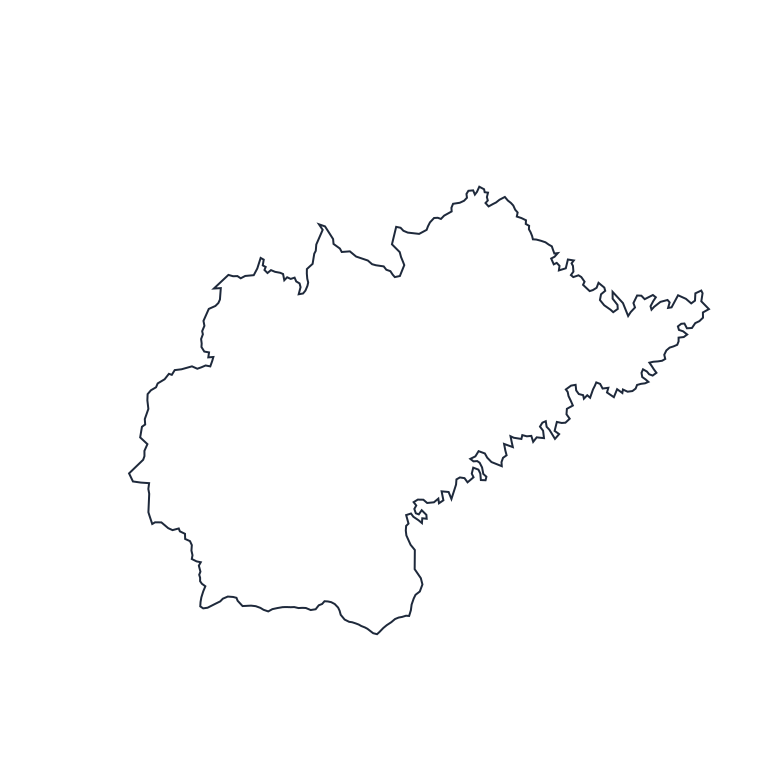 Muitos Capões, Rio Grande do Sul, Brazil, rotated 224°
{"feature_id": "56859067B15712827414216", "entity_name": "Muitos Capões", "entity_type": "district", "adm_level": 2, "iso_a3": "BRA", "parent_name": "Brazil", "parent_adm1": "Rio Grande do Sul", "projection": "albers", "projection_center": [-51.26, -28.402], "detail": "fine", "context": "isolated", "style": "outline", "palette": "slate", "viewbox_px": 768, "rotation_deg": 224, "n_neighbors": 0, "source": "geoboundaries", "source_scale": "gbopen_adm2", "svg_char_len": 5803}
<svg xmlns="http://www.w3.org/2000/svg" viewBox="0 0 768 768"><g transform="rotate(224 384 384)"><path d="M204.3,657.0L202.3,663.6L213.2,663.9L217.9,670.6L220.7,671.6L223.0,665.5L218.2,660.0L219.0,655.4L226.0,655.0L234.1,652.1L230.4,638.9L232.5,636.1L235.2,641.1L238.4,641.4L242.2,635.1L243.3,627.2L243.2,623.3L246.3,625.1L247.9,630.7L248.7,635.2L252.4,634.8L255.4,626.1L260.2,626.3L263.4,623.5L260.8,615.5L256.6,613.4L256.5,607.1L255.6,602.5L268.3,608.2L283.6,609.1L278.8,604.2L271.0,603.1L268.0,600.4L269.0,594.9L272.6,594.8L280.3,593.6L287.0,594.4L290.2,599.3L289.6,604.7L292.5,606.4L300.0,605.8L297.9,600.9L299.0,596.6L300.6,593.7L309.7,593.6L310.8,596.9L316.4,598.0L319.6,597.3L322.1,592.4L325.2,592.2L325.8,596.4L330.1,600.2L332.9,601.1L333.3,604.7L338.2,601.3L333.6,593.5L337.1,587.2L339.8,590.9L343.9,591.1L345.0,588.0L350.9,590.4L349.7,594.0L349.9,598.9L352.1,596.2L355.8,598.0L358.9,599.6L362.4,598.7L366.3,598.1L370.7,596.0L374.8,593.7L377.4,591.5L380.2,593.3L384.0,595.0L387.3,596.0L389.5,598.6L393.2,597.6L395.6,600.4L400.5,598.8L404.8,596.7L407.0,600.2L410.7,600.5L415.0,602.2L418.5,602.4L422.4,602.0L427.0,602.5L428.9,596.8L429.5,592.4L430.6,589.3L432.1,584.4L436.7,584.7L436.8,588.1L439.8,589.9L442.1,593.9L444.8,591.9L447.3,593.6L452.5,592.1L450.6,586.8L450.2,583.4L454.4,585.2L457.5,581.6L456.7,578.0L453.7,575.6L453.7,571.4L455.4,567.0L459.5,561.6L457.9,557.6L455.2,555.1L457.7,546.9L457.7,542.3L460.8,540.9L463.3,538.2L463.2,532.2L461.9,527.9L460.4,524.5L463.0,516.4L472.1,509.4L476.5,507.7L480.6,507.9L484.4,505.5L475.3,490.0L464.3,489.8L460.0,487.2L455.2,485.1L452.0,483.6L447.6,472.7L450.5,468.4L453.8,468.7L457.8,469.6L461.7,467.8L465.9,468.4L472.3,463.8L475.8,461.9L481.4,461.6L492.6,456.3L500.7,455.7L506.1,449.6L509.8,450.8L517.6,449.7L521.3,452.9L535.9,456.4L541.7,453.7L535.2,452.3L529.6,437.3L525.6,432.4L524.7,429.3L518.8,420.8L519.1,416.9L519.3,413.1L516.2,409.8L512.3,406.4L509.1,404.4L507.3,401.5L505.4,396.6L505.1,392.9L507.7,389.3L511.3,395.7L514.6,397.7L518.4,396.8L522.2,398.4L524.1,394.8L527.8,393.5L527.8,389.4L533.0,393.0L535.9,391.9L540.3,389.0L544.4,387.4L544.9,382.9L549.2,383.0L550.4,386.0L553.6,385.1L556.9,389.9L560.3,389.0L555.4,379.1L553.3,371.8L558.9,365.3L560.5,360.5L564.4,359.8L567.4,356.7L571.7,354.4L572.7,334.5L568.0,339.6L560.7,330.8L559.4,327.2L559.5,323.0L562.2,316.3L557.7,304.0L553.6,301.1L551.5,295.7L548.8,293.9L546.8,289.3L543.3,286.5L541.0,283.8L535.8,282.5L531.8,285.2L528.9,281.1L525.5,284.9L523.6,281.3L521.2,276.0L525.2,273.4L527.0,269.1L528.9,265.3L534.4,263.3L539.9,253.9L544.2,248.6L543.0,243.2L545.8,241.9L545.1,235.0L547.2,227.2L545.7,223.3L547.3,217.6L547.0,212.5L542.9,207.9L536.2,202.4L531.7,192.6L527.7,189.0L528.4,185.1L522.3,176.2L512.4,176.4L509.9,169.5L506.2,165.7L504.6,162.2L505.3,142.6L496.9,139.5L490.4,144.2L484.1,149.5L480.6,144.8L476.6,141.9L464.4,128.1L461.5,126.5L453.5,122.3L452.6,125.5L448.0,129.8L439.1,130.4L434.6,132.0L431.3,137.5L428.5,136.2L423.1,138.0L419.4,134.4L414.4,136.2L410.3,134.6L406.8,130.4L402.8,127.8L400.7,124.6L395.6,126.2L392.0,128.5L391.0,124.7L385.7,121.5L384.4,118.4L381.7,116.9L379.3,114.4L376.3,113.8L372.0,114.4L370.0,109.3L367.2,103.7L364.5,99.7L361.7,96.4L358.2,97.0L355.5,100.5L352.7,108.6L350.8,113.9L350.8,117.6L348.7,122.6L344.6,126.0L341.6,127.7L338.7,126.4L331.5,126.0L325.7,132.2L321.9,135.1L317.4,137.1L313.8,137.9L309.3,140.0L307.9,144.5L305.1,148.7L301.8,153.2L299.0,156.0L296.0,158.7L293.6,161.2L289.9,163.4L287.2,166.3L284.6,168.6L279.7,170.5L276.7,174.5L277.2,179.5L275.7,182.8L275.9,186.4L273.3,188.6L270.4,190.4L266.6,191.5L261.7,191.3L258.5,190.1L254.8,187.9L248.7,187.2L243.9,188.7L241.4,190.5L238.1,192.1L235.1,193.4L232.3,194.1L228.7,195.6L225.9,196.4L218.7,197.2L215.2,199.2L215.0,202.6L215.0,208.0L214.5,212.4L213.3,217.7L212.8,222.6L211.2,226.2L209.2,229.0L207.2,232.6L204.8,234.6L207.5,239.9L210.9,244.5L213.6,250.3L214.9,254.3L214.1,259.6L217.1,266.5L222.6,269.9L233.3,272.1L246.5,286.0L253.2,286.8L262.7,290.6L266.5,293.7L269.5,297.3L269.4,300.6L277.0,305.1L274.6,309.6L270.7,308.9L264.4,310.0L260.1,310.3L263.2,314.0L259.7,316.7L262.6,319.3L269.2,319.4L268.4,314.4L271.3,313.1L275.4,315.2L276.4,319.0L280.6,319.6L279.4,324.3L275.3,328.1L270.3,328.4L265.9,333.6L265.3,339.3L261.6,336.4L260.5,341.6L268.0,346.8L262.5,351.2L255.6,348.1L262.3,361.7L265.6,365.7L264.5,369.5L260.7,372.2L255.6,371.3L254.8,379.1L258.6,380.5L261.7,385.8L256.6,388.0L252.5,386.5L247.6,382.2L244.1,385.3L245.9,388.4L250.1,388.3L255.5,392.1L260.5,393.8L263.4,393.3L265.9,390.5L269.9,390.1L268.0,395.4L269.3,401.4L263.2,404.1L258.6,402.7L252.5,402.5L242.2,406.7L245.2,409.4L247.1,413.6L246.3,417.9L250.6,420.5L256.0,424.3L247.5,428.1L251.3,430.6L256.7,434.3L253.3,435.5L247.0,439.9L249.0,443.3L244.9,445.6L242.0,449.0L236.5,446.0L237.1,451.7L231.3,456.2L237.1,460.9L242.2,461.7L243.2,466.2L241.8,469.6L237.3,466.2L233.2,466.0L222.9,463.3L223.2,469.6L228.7,468.8L233.3,476.8L229.1,479.4L226.6,482.2L226.3,488.0L231.7,489.0L235.2,493.2L233.2,499.7L237.8,501.6L242.9,503.5L246.4,505.9L249.4,506.4L248.3,512.8L245.6,516.5L241.3,512.9L236.9,512.1L233.0,514.3L230.0,512.3L230.0,517.1L226.2,517.3L229.9,525.3L231.0,528.9L232.4,532.6L228.6,534.2L223.6,532.6L220.0,537.1L217.7,532.8L209.5,534.2L212.7,542.2L206.3,543.1L208.3,546.0L203.4,547.7L200.4,551.5L199.8,555.5L201.3,559.1L199.2,562.7L196.7,565.8L195.3,569.2L199.1,569.0L203.1,568.4L206.5,570.9L207.9,574.5L203.5,575.6L200.0,575.2L196.6,576.7L195.8,581.3L200.1,582.0L203.9,582.9L207.9,583.7L205.8,587.0L202.7,590.5L200.1,593.9L199.1,597.4L202.7,599.7L204.2,604.3L203.8,608.6L201.9,612.1L200.3,615.9L201.7,619.3L204.3,622.0L201.0,626.0L200.3,630.2L205.4,629.7L209.4,627.8L212.6,629.6L212.0,633.8L209.9,636.2L204.8,634.5L201.4,638.2L202.4,644.0L200.8,648.3L200.6,653.3L204.3,657.0Z" fill="none" stroke="#1e293b" stroke-width="2"/></g></svg>